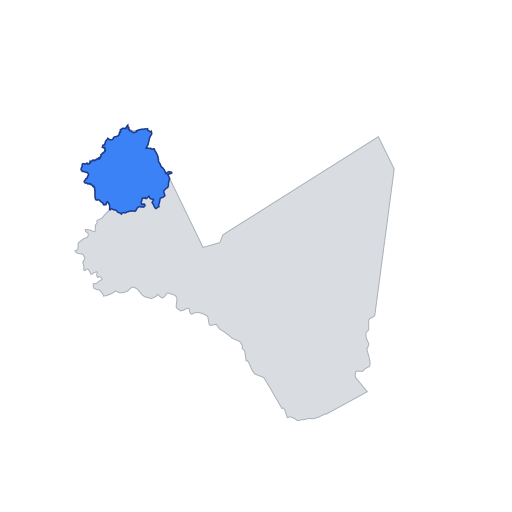 Mali, with Kayes highlighted, rotated 65°
{"feature_id": "MLI-2793", "entity_name": "Kayes", "entity_type": "Region", "adm_level": 1, "iso_a3": "MLI", "parent_name": "Mali", "parent_adm1": "", "projection": "albers", "projection_center": [-10.556, 13.794], "detail": "fine", "context": "in_parent", "style": "filled", "palette": "blue", "viewbox_px": 512, "rotation_deg": 65, "n_neighbors": 0, "source": "natural_earth", "source_scale": "10m", "svg_char_len": 9522}
<svg xmlns="http://www.w3.org/2000/svg" viewBox="0 0 512 512"><g transform="rotate(65 256 256)"><path d="M101.6,369.1L101.8,367.5L100.4,366.4L100.4,365.8L101.1,361.0L101.1,359.8L101.7,357.4L100.7,356.3L100.5,355.5L98.3,352.4L97.6,349.8L96.5,348.0L93.9,347.5L92.9,348.9L92.3,349.2L91.3,348.1L91.0,347.2L91.0,346.3L87.6,342.2L87.8,340.0L89.1,338.8L89.6,336.9L88.4,334.7L88.6,332.6L88.4,329.7L86.5,327.1L85.2,325.9L84.0,324.1L85.0,320.0L83.0,316.4L86.7,317.9L88.5,316.6L90.2,314.8L91.6,312.4L92.3,309.5L92.6,307.0L94.1,303.0L95.8,301.1L99.5,298.4L100.5,298.7L106.5,304.5L109.9,307.5L111.2,309.1L112.3,309.1L114.0,306.2L115.7,303.8L116.5,303.2L122.5,302.8L125.6,303.3L128.4,304.0L132.4,304.2L142.8,302.3L143.0,301.2L142.8,299.8L143.2,298.7L144.1,297.7L144.8,297.5L145.2,300.8L146.1,301.3L148.5,301.5L225.8,300.4L228.6,283.2L222.8,277.0L199.6,94.7L235.4,94.0L241.7,97.9L360.1,173.5L360.8,176.1L360.8,179.6L361.7,180.7L363.5,181.8L370.2,184.9L370.8,185.5L371.1,186.9L372.0,188.6L373.4,189.6L375.1,190.2L377.1,190.7L383.1,190.9L384.4,191.6L387.2,194.7L388.6,195.2L396.8,196.5L399.5,197.2L402.4,198.5L404.0,199.7L404.2,204.7L405.5,207.9L405.5,208.7L404.3,210.1L404.1,211.1L402.7,213.7L403.1,214.7L406.0,216.5L407.5,217.0L409.1,216.9L426.0,212.5L429.0,259.2L428.4,260.0L428.5,268.3L427.5,273.3L425.5,277.0L424.4,282.5L423.6,283.6L423.2,286.8L422.0,288.6L419.8,289.5L416.0,293.1L415.8,295.9L406.4,294.9L405.8,295.0L405.4,295.4L405.3,296.9L381.3,299.0L369.5,300.3L362.4,307.0L357.6,307.8L351.5,307.6L348.4,307.7L347.2,308.1L347.0,309.2L337.3,306.4L333.8,307.6L333.2,307.3L332.7,306.6L331.0,306.3L328.2,306.6L326.3,307.1L320.4,312.4L317.1,313.8L311.1,317.0L307.0,319.7L305.5,320.2L303.1,320.4L301.1,321.0L299.6,326.8L298.4,327.4L291.0,325.4L289.6,325.8L288.3,326.5L284.4,330.0L282.4,332.7L281.4,336.4L281.7,338.7L281.0,339.4L279.2,339.7L275.7,339.0L274.7,339.4L274.3,341.2L274.5,345.0L273.8,347.7L271.8,348.6L270.3,349.6L269.1,350.0L268.0,349.7L262.0,346.0L260.0,345.4L257.8,345.9L255.7,347.6L252.0,351.8L252.5,353.3L253.6,354.9L254.4,357.0L254.4,358.9L249.1,361.7L250.4,363.6L250.4,369.0L247.9,371.5L247.1,373.0L244.7,374.8L242.6,375.8L236.1,377.4L233.5,379.2L232.2,380.5L232.0,382.0L232.3,383.7L233.6,387.2L233.3,390.4L232.3,394.1L231.3,395.8L228.3,397.8L228.8,400.2L229.1,403.7L228.7,408.2L227.8,411.3L227.1,411.0L224.2,411.2L221.0,412.2L219.8,413.0L219.6,414.0L216.9,416.5L215.1,416.4L213.4,415.8L212.5,415.2L212.4,414.8L213.5,412.8L213.5,412.1L212.4,408.7L212.5,407.8L212.1,405.2L211.8,405.1L208.3,406.3L208.2,406.8L208.7,408.4L208.4,408.7L207.1,408.7L205.4,408.2L203.4,406.7L202.9,407.2L202.8,408.4L202.6,409.9L203.2,412.5L202.7,413.4L199.7,413.3L197.1,413.7L196.5,414.6L196.3,415.6L196.9,416.8L196.8,417.3L195.8,418.0L195.3,418.0L193.9,416.7L188.3,415.6L187.8,413.8L187.1,413.8L185.3,411.7L184.6,411.8L183.9,412.1L181.8,412.0L179.9,413.9L178.6,416.2L177.1,417.3L174.8,417.9L175.1,416.4L174.4,414.4L169.5,411.9L168.7,410.9L167.5,405.1L167.5,403.4L167.8,401.9L167.7,400.8L167.1,399.9L165.7,399.0L164.2,398.6L162.3,399.8L161.3,400.0L160.5,399.9L160.0,399.5L160.1,398.9L162.1,395.8L163.1,394.5L165.2,393.0L165.7,392.3L165.7,391.7L165.5,391.2L164.2,390.7L162.1,389.3L160.9,389.1L160.0,388.5L159.0,386.2L158.5,385.8L157.5,385.6L156.6,385.0L156.6,379.6L154.6,375.5L152.7,370.3L151.8,369.1L150.1,368.1L148.1,367.4L146.3,367.2L144.2,367.8L144.3,368.3L145.4,370.0L145.6,370.9L145.4,371.8L145.1,372.4L142.3,373.0L138.6,374.9L137.4,377.1L136.6,377.3L135.2,377.1L125.5,373.4L121.4,375.0L118.7,378.2L118.1,379.3L116.9,380.2L116.2,380.2L115.4,379.6L112.6,374.7L111.4,373.5L109.9,373.5L108.5,374.3L107.2,375.9L105.5,377.5L104.4,377.9L103.4,377.7L99.4,374.3L99.2,373.6L101.0,369.7L101.6,369.1Z" fill="#d9dde1" stroke="#a8b0b8" stroke-width="1"/><path d="M92.5,349.4L92.4,349.4L92.1,349.1L91.8,348.4L90.9,348.0L90.9,347.7L91.2,346.5L91.2,346.2L91.1,345.9L90.5,345.7L90.0,345.1L88.8,344.2L88.4,343.7L88.0,343.0L87.7,342.2L87.3,341.3L87.0,340.9L86.7,340.6L88.5,339.6L89.2,338.9L89.6,337.9L89.7,337.0L89.7,336.6L89.6,336.2L89.2,335.7L88.5,335.1L88.3,334.5L88.3,333.6L88.8,331.9L88.9,331.0L88.9,330.5L88.1,328.7L87.9,328.4L87.6,328.2L86.8,327.9L86.3,327.4L86.1,327.1L86.5,327.0L86.6,326.7L86.4,326.4L84.2,325.6L84.2,324.6L83.9,322.8L84.0,322.4L84.6,322.0L84.7,321.3L85.4,320.5L85.4,320.1L84.9,319.8L84.8,319.6L85.1,319.0L84.5,318.9L84.2,318.8L83.9,318.2L83.5,317.8L83.3,317.2L83.7,317.4L84.2,317.5L84.6,317.4L85.5,317.1L86.0,317.0L86.3,317.2L87.2,318.0L87.4,318.1L87.6,317.9L87.7,317.5L87.9,317.4L88.3,317.5L88.7,317.5L89.1,317.4L89.5,317.1L90.0,316.4L90.3,316.2L91.1,316.0L91.5,315.8L91.8,315.5L92.1,315.0L92.4,314.7L92.7,314.5L92.7,314.4L92.5,314.1L92.5,313.9L92.6,313.2L92.9,312.4L92.9,312.0L92.9,311.7L92.7,311.5L92.5,311.3L92.3,311.3L92.1,311.4L91.9,311.3L92.0,310.5L92.2,309.6L92.3,309.4L92.2,308.9L92.2,308.4L92.6,307.2L92.8,305.9L93.6,304.3L93.9,302.8L94.2,302.1L94.7,301.5L94.8,300.5L95.4,300.6L96.0,300.8L96.5,300.8L97.1,300.5L97.9,299.7L98.2,299.5L99.0,299.2L99.3,298.7L99.0,298.3L100.4,298.5L100.9,298.7L101.5,299.2L103.4,302.1L103.8,302.5L109.1,306.5L109.8,307.2L110.4,308.3L111.2,309.1L111.9,310.1L112.1,309.8L112.4,308.5L112.6,308.2L113.1,307.6L113.4,307.3L113.6,306.5L113.7,306.1L114.1,305.8L114.7,305.7L114.9,305.3L115.4,304.9L115.6,304.5L115.6,303.6L115.6,303.2L115.9,302.9L116.2,302.9L117.5,303.1L118.4,303.1L119.9,302.7L120.3,302.8L120.6,302.8L122.8,302.8L123.4,302.9L124.4,302.8L124.7,302.9L126.5,303.6L127.2,303.5L128.4,304.2L128.9,304.4L129.7,304.4L132.2,304.0L134.6,304.3L135.4,304.1L136.6,303.3L137.1,303.2L138.1,302.9L143.3,302.7L142.7,300.1L142.7,299.5L143.0,298.9L144.3,297.3L144.7,297.1L145.2,297.3L145.3,298.0L145.0,299.5L144.9,301.5L149.3,301.5L149.7,301.9L151.9,303.7L152.5,304.2L155.5,305.9L156.4,306.9L156.6,307.4L156.8,309.1L157.8,311.7L159.1,312.6L161.4,312.8L162.7,313.0L163.1,313.5L163.4,314.9L163.2,318.1L163.7,318.8L167.2,321.3L168.5,322.7L170.1,323.0L170.4,323.3L170.2,324.5L170.8,326.6L170.2,327.0L167.8,327.4L166.7,327.1L165.2,327.4L164.2,327.6L163.6,327.5L163.0,327.0L162.4,325.8L161.9,325.3L161.5,325.1L161.0,325.2L160.5,326.2L159.8,327.2L159.0,327.5L158.3,327.8L156.5,327.8L157.4,330.2L157.5,330.6L157.6,331.1L157.4,331.7L157.1,331.8L156.7,331.6L156.3,331.8L156.2,332.1L156.3,332.9L156.2,333.2L156.0,333.6L155.8,334.1L155.5,334.4L155.6,334.7L155.7,334.8L156.4,335.4L157.0,335.6L157.2,336.1L157.4,336.2L157.6,336.2L158.4,337.1L158.8,337.4L160.6,337.7L161.1,337.6L161.4,337.1L161.1,337.0L161.1,336.7L161.5,336.0L161.5,335.5L161.7,335.3L162.1,335.2L162.8,335.1L163.4,335.3L163.8,335.8L164.1,336.5L164.1,336.8L164.0,337.9L163.3,338.7L162.8,339.7L162.2,340.3L162.0,340.6L162.0,341.0L162.3,343.5L162.8,344.0L163.0,344.3L163.2,344.8L163.9,345.4L164.1,345.8L164.3,346.7L164.2,347.1L164.0,347.4L163.5,347.7L163.3,348.0L162.8,349.6L162.6,350.3L162.0,351.2L161.9,351.7L161.9,353.1L161.6,353.8L161.5,354.1L161.7,355.3L161.7,355.8L161.6,356.5L160.6,358.0L160.4,358.5L160.4,359.1L160.6,359.4L160.9,359.7L161.2,360.2L159.4,361.2L159.1,361.5L158.5,362.3L157.7,362.8L156.7,363.1L155.8,363.3L155.0,363.7L154.3,365.1L152.6,366.5L151.7,368.1L152.5,368.6L152.1,369.1L149.5,367.8L148.6,367.5L147.0,367.1L146.7,367.1L146.4,367.4L145.7,367.1L145.2,367.4L144.2,367.6L143.9,368.0L144.0,368.2L144.7,369.0L145.3,369.3L145.4,369.9L146.0,370.0L146.1,370.4L146.0,370.8L145.8,371.2L145.5,371.3L145.6,371.8L145.5,372.1L145.0,372.6L143.7,372.3L143.3,372.4L142.5,372.8L141.7,373.4L139.3,374.3L138.6,374.7L138.3,375.1L138.1,375.4L138.2,376.2L138.1,376.5L137.3,377.4L136.1,377.4L135.7,377.3L135.1,376.9L134.9,376.8L134.1,376.9L133.7,376.7L133.0,376.1L132.2,375.9L131.4,375.5L130.7,375.3L130.1,374.8L129.3,374.7L128.6,374.2L127.9,374.2L127.5,374.1L126.7,373.8L126.0,373.6L125.8,373.3L125.6,373.3L124.8,373.6L124.7,373.8L124.4,373.6L124.3,373.9L123.8,374.1L123.8,374.4L123.5,374.3L123.2,374.1L122.2,374.9L121.8,375.4L120.8,375.3L120.4,375.4L120.4,375.6L120.6,376.1L120.3,376.3L120.3,376.9L119.9,377.2L119.5,377.4L119.2,377.6L119.4,378.1L118.6,378.5L118.2,378.7L118.0,378.9L117.8,379.7L117.5,380.0L117.3,380.2L117.0,380.4L116.1,380.4L115.5,379.8L114.6,378.1L114.1,377.5L114.0,377.3L114.0,377.1L114.3,376.5L114.1,375.9L113.7,375.6L113.2,375.4L112.7,375.0L111.9,373.6L111.5,373.4L111.0,373.2L110.6,373.2L109.6,373.5L109.1,373.5L108.8,373.6L108.7,373.8L108.4,374.7L108.1,375.0L107.5,375.5L107.0,376.1L106.5,376.3L106.4,376.9L106.2,377.4L105.9,377.7L105.2,377.8L104.5,378.1L104.1,378.1L103.2,377.7L102.4,377.1L101.6,375.9L101.2,375.6L99.9,375.0L99.5,374.7L99.1,373.8L99.4,373.2L100.1,372.5L100.5,371.7L100.5,371.2L100.3,370.3L100.4,369.8L100.7,369.6L101.3,369.6L101.7,369.6L101.7,368.6L101.9,368.0L101.9,367.5L101.6,367.1L101.4,367.5L101.1,366.4L100.9,366.5L100.8,366.9L100.6,366.7L100.4,366.3L100.0,366.1L100.6,365.8L100.6,365.5L100.5,365.0L100.7,364.0L100.5,363.8L100.1,363.6L100.1,363.3L100.4,363.0L100.6,362.4L101.2,362.3L101.4,362.0L101.4,361.8L101.1,361.4L101.3,361.1L101.3,360.9L101.3,360.4L101.1,360.1L101.0,359.9L100.8,359.8L100.8,359.7L100.9,359.4L100.8,359.1L101.1,358.4L100.9,358.0L100.9,357.9L101.0,357.8L101.4,357.9L101.7,357.7L101.8,357.6L101.7,356.8L101.6,356.5L101.4,356.3L101.4,356.7L101.2,357.0L100.6,357.0L100.8,356.2L101.0,355.9L100.7,355.8L100.2,354.9L100.4,354.5L99.8,354.3L99.0,353.8L98.6,353.7L98.5,353.3L98.5,352.5L97.9,351.7L97.8,351.4L97.9,351.1L98.2,350.7L98.1,350.3L97.6,349.8L97.1,349.1L97.0,348.7L97.0,348.2L96.5,348.3L96.3,348.3L96.2,348.1L96.3,347.8L96.2,347.7L95.0,347.8L94.8,347.6L94.5,347.2L94.2,347.2L93.9,347.3L93.7,347.7L93.5,348.6L92.5,349.4Z" fill="#3b82f6" stroke="#1e3a8a" stroke-width="1.5"/></g></svg>